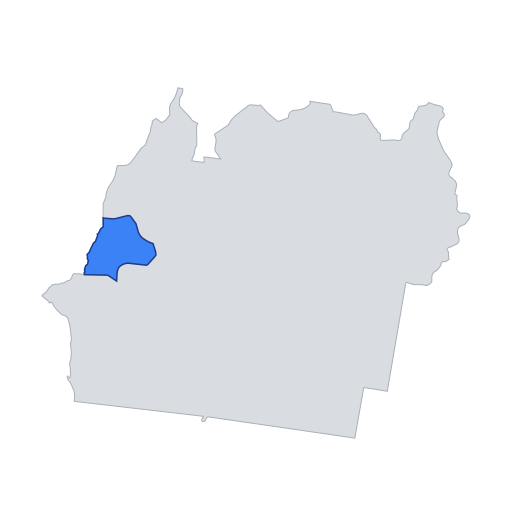 Kassala on a map of Sudan (orthographic projection), rotated 186°
{"feature_id": "SDN-884", "entity_name": "Kassala", "entity_type": "State", "adm_level": 1, "iso_a3": "SDN", "parent_name": "Sudan", "parent_adm1": "", "projection": "orthographic", "projection_center": [36.251, 15.89], "detail": "fine", "context": "in_parent", "style": "filled", "palette": "blue", "viewbox_px": 512, "rotation_deg": 186, "n_neighbors": 0, "source": "natural_earth", "source_scale": "10m", "svg_char_len": 4891}
<svg xmlns="http://www.w3.org/2000/svg" viewBox="0 0 512 512"><g transform="rotate(186 256 256)"><path d="M351.4,415.0L346.6,414.9L346.1,413.8L346.2,410.7L346.8,408.4L348.5,404.7L348.1,402.7L348.4,399.8L347.2,396.5L335.9,386.9L333.7,384.2L327.6,381.7L328.7,379.1L326.4,359.6L327.7,357.4L328.0,354.0L328.1,351.0L329.6,346.0L329.8,343.9L317.7,343.6L317.5,345.7L318.1,348.1L318.0,349.1L301.3,348.8L307.9,356.6L308.1,359.9L307.7,364.1L307.8,366.8L308.1,368.5L309.9,372.0L309.8,372.6L309.3,373.4L297.3,383.3L295.2,388.0L293.6,390.4L290.1,394.5L279.0,405.1L277.2,405.8L268.9,406.0L268.1,406.2L267.5,406.7L267.1,406.5L260.1,400.0L248.3,392.0L240.4,395.7L238.2,397.1L238.1,400.8L236.9,402.7L234.7,404.6L228.8,405.7L225.8,406.7L222.1,408.7L218.5,412.0L218.2,413.8L218.6,415.4L198.5,414.6L197.2,413.3L194.4,407.5L192.4,407.7L174.2,406.3L171.5,406.8L166.3,408.9L163.6,409.1L161.0,407.9L151.7,396.2L149.7,394.8L147.6,392.0L145.6,390.7L145.0,389.8L144.8,388.6L144.9,386.1L144.3,384.5L142.8,384.1L129.9,386.0L128.1,385.6L125.4,386.0L124.5,386.4L123.4,387.8L123.1,390.9L122.7,392.4L121.6,394.1L117.9,397.7L117.0,399.3L117.0,403.5L116.7,405.6L116.1,406.6L114.5,408.1L113.9,409.0L113.1,414.4L111.0,417.5L110.5,418.6L110.3,421.0L109.9,421.7L104.1,423.2L101.9,424.3L100.5,426.0L100.2,426.8L97.7,426.0L94.6,425.3L88.5,424.4L86.2,423.4L85.1,422.0L85.6,418.8L85.0,418.1L84.0,417.4L83.4,416.0L83.6,414.3L86.9,410.7L87.7,408.7L88.9,399.3L88.7,396.4L86.4,390.9L81.0,381.4L79.7,379.5L72.8,371.5L72.0,370.4L70.4,367.0L72.6,360.2L72.9,358.3L72.4,356.2L70.7,354.6L69.1,354.3L67.1,352.3L65.7,351.4L64.6,349.7L63.8,347.3L64.8,339.1L64.5,338.0L62.7,337.5L62.3,336.9L62.4,335.3L61.7,330.6L60.8,326.6L61.5,324.5L60.1,321.5L57.3,320.0L51.5,320.6L49.8,320.3L48.6,319.7L47.8,318.5L47.4,317.2L47.9,315.4L49.7,312.0L51.9,309.2L56.1,306.9L57.3,305.6L58.0,304.1L58.2,302.3L58.1,300.4L57.7,298.6L56.6,296.3L55.7,293.5L55.8,291.7L56.4,290.5L57.5,289.0L61.8,286.2L66.1,284.0L66.8,283.1L66.6,282.1L64.8,279.8L64.5,275.8L63.6,272.9L65.8,270.9L67.4,270.2L69.9,269.7L70.9,268.9L71.2,267.2L71.3,265.6L72.2,264.5L73.5,261.9L74.5,260.8L77.9,258.0L78.7,256.1L79.0,254.2L78.5,248.5L80.5,246.2L82.9,244.4L86.3,244.7L91.5,244.6L95.1,244.0L97.6,244.2L103.3,245.6L103.9,245.2L104.3,243.7L111.3,135.2L134.8,136.5L135.1,136.3L138.7,85.2L286.2,91.0L287.4,90.9L289.9,86.1L290.9,85.8L292.4,86.1L292.9,87.2L291.6,91.1L421.5,92.4L421.8,98.2L422.9,102.9L426.7,109.6L429.8,113.2L431.0,115.2L431.1,116.1L430.9,116.9L430.0,116.0L428.4,115.3L428.1,118.4L428.9,124.9L430.3,129.4L429.4,133.5L429.5,140.6L431.3,149.0L430.9,154.5L433.8,167.1L436.5,174.1L438.0,175.8L439.7,176.7L442.8,177.3L447.6,180.8L451.3,184.5L452.7,186.5L454.5,188.6L455.7,188.2L456.5,187.6L457.7,189.4L463.7,193.1L464.6,194.8L462.5,196.6L460.0,199.6L458.9,202.3L458.2,203.2L456.3,204.9L456.0,205.8L455.1,206.3L454.2,206.3L452.2,207.3L450.4,207.0L448.5,207.6L447.8,208.2L446.4,208.8L444.4,209.1L441.3,211.5L438.6,212.6L437.7,213.6L436.3,218.2L435.3,219.4L431.3,219.6L429.4,220.0L426.7,219.5L425.4,219.5L425.1,220.5L424.6,224.5L424.7,226.2L422.4,230.7L423.1,239.2L421.0,245.6L420.6,247.0L418.5,252.1L417.3,253.9L414.5,263.4L413.4,266.2L411.1,269.3L413.5,291.9L411.5,298.8L411.6,302.6L410.2,308.1L409.1,310.7L407.3,313.8L405.7,317.3L404.4,321.9L403.5,330.6L403.1,331.3L395.9,332.4L393.6,333.0L392.1,334.0L390.2,336.2L386.5,342.3L384.5,346.0L381.5,351.1L377.9,354.7L377.2,356.5L376.6,359.7L375.2,364.9L374.0,368.6L374.2,371.5L373.1,376.7L373.3,379.2L372.0,380.5L370.3,381.9L369.2,382.2L364.1,378.7L360.6,381.0L358.3,384.3L356.6,387.7L357.5,394.8L357.4,396.4L356.9,398.0L353.5,405.0L352.5,408.1L351.4,413.7L351.4,415.0Z" fill="#d9dde1" stroke="#a8b0b8" stroke-width="1"/><path d="M423.4,235.6L423.6,236.1L423.6,236.5L423.5,237.0L423.5,237.5L423.6,238.1L424.0,239.1L424.1,239.7L423.9,240.3L422.8,241.4L422.4,242.1L421.6,244.5L420.5,247.7L419.3,251.1L418.7,252.2L417.4,253.5L417.1,254.0L415.8,259.0L415.7,260.1L416.1,261.2L415.3,261.7L414.8,262.5L413.5,266.3L413.1,267.0L411.2,268.8L411.0,269.3L411.0,269.8L411.3,272.3L411.8,276.6L412.0,278.0L410.5,277.8L401.9,278.0L399.9,278.4L388.2,282.7L386.8,282.9L385.6,282.8L384.4,281.9L378.7,275.5L375.4,267.1L374.9,266.4L373.6,264.6L372.7,263.6L371.6,262.6L370.3,261.7L366.2,259.6L363.3,258.5L359.7,257.6L356.4,250.0L355.8,247.6L355.7,246.2L356.8,244.4L363.0,235.9L363.8,235.5L365.1,235.4L382.0,235.5L383.9,235.2L385.8,234.6L388.0,233.4L389.5,232.3L391.1,230.5L392.1,227.9L392.4,224.9L392.0,216.5L400.8,221.1L401.5,221.3L402.0,221.4L424.5,219.5L424.5,219.9L425.0,220.6L425.1,221.1L425.0,221.6L424.4,222.4L424.5,222.7L424.7,223.0L425.0,223.3L425.0,223.6L425.0,224.6L425.2,225.0L425.0,225.4L424.9,225.6L424.8,227.1L424.2,228.7L424.0,229.0L423.2,229.6L422.8,229.9L422.6,230.4L422.5,230.9L422.6,231.7L422.5,232.2L422.2,233.3L422.2,233.6L422.3,234.2L422.7,234.7L423.1,235.1L423.4,235.6L423.4,235.6Z" fill="#3b82f6" stroke="#1e3a8a" stroke-width="1.5"/></g></svg>